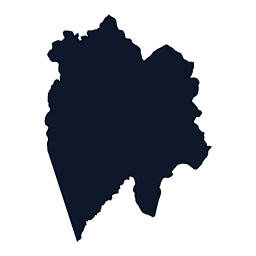 the district of Carbonita, Minas Gerais, Brazil
{"feature_id": "56859067B13001741051446", "entity_name": "Carbonita", "entity_type": "district", "adm_level": 2, "iso_a3": "BRA", "parent_name": "Brazil", "parent_adm1": "Minas Gerais", "projection": "orthographic", "projection_center": [-43.039, -17.512], "detail": "fine", "context": "isolated", "style": "filled", "palette": "ink", "viewbox_px": 256, "rotation_deg": 0, "n_neighbors": 0, "source": "geoboundaries", "source_scale": "gbopen_adm2", "svg_char_len": 5137}
<svg xmlns="http://www.w3.org/2000/svg" viewBox="0 0 256 256"><path d="M51.9,86.0L51.5,88.4L50.9,89.9L49.8,90.7L49.6,92.1L48.5,93.6L48.9,95.5L48.3,97.3L48.8,98.6L48.3,99.9L48.4,101.1L49.2,102.5L49.2,104.4L49.3,106.2L50.2,107.3L51.0,108.7L50.8,110.3L49.9,111.8L48.2,113.3L47.1,114.8L46.5,116.0L46.0,117.2L45.7,119.0L45.3,121.3L45.7,122.9L45.9,124.4L47.1,124.9L48.2,125.9L49.0,127.1L48.9,128.7L48.4,130.3L47.5,131.3L47.0,132.6L46.8,134.1L47.5,135.7L48.3,136.7L48.6,138.3L48.8,140.2L47.9,142.1L47.6,144.0L47.9,146.0L48.1,148.0L48.1,150.1L57.0,177.4L77.5,240.6L78.5,239.5L79.9,238.9L80.8,237.4L80.4,235.4L80.9,233.4L81.7,231.7L82.8,230.6L83.2,228.7L84.0,227.3L84.4,225.4L85.8,224.5L85.6,223.2L84.9,221.7L85.7,220.5L87.2,220.6L88.0,219.3L89.7,219.4L91.2,219.0L92.4,217.8L93.8,216.4L94.6,214.2L96.4,214.4L96.7,212.7L98.4,211.8L99.9,211.1L99.7,209.3L100.7,208.2L100.7,206.4L101.5,204.6L102.9,204.6L103.7,203.6L104.6,202.5L105.1,200.7L107.1,200.2L108.3,199.1L110.3,199.7L111.4,198.4L111.5,197.1L111.1,195.7L111.9,194.5L113.8,193.7L114.9,193.1L116.3,193.0L117.8,192.6L117.8,191.3L118.0,190.0L118.1,188.7L119.5,188.3L119.1,186.5L119.9,184.9L121.4,184.2L122.7,183.7L122.9,182.2L123.8,181.1L123.1,179.7L125.2,179.2L127.0,178.6L128.6,179.1L128.7,177.9L128.8,176.2L130.0,175.4L131.5,176.1L133.0,176.6L134.1,177.3L134.9,179.0L135.2,180.3L135.8,182.0L136.0,183.8L135.6,185.3L134.3,186.7L134.2,188.1L133.7,189.4L133.7,190.6L134.3,191.7L135.9,192.9L135.2,194.6L135.4,196.8L136.1,198.6L136.1,200.7L136.8,202.1L137.6,203.5L138.8,204.9L139.7,206.7L140.6,208.4L141.3,209.5L142.0,210.8L143.0,212.1L144.4,212.7L146.1,213.7L147.8,213.8L148.9,214.6L150.2,214.9L151.3,215.5L153.0,216.5L154.3,215.7L154.7,214.2L155.0,212.5L155.5,210.7L155.9,209.0L156.1,207.4L156.6,206.0L157.1,204.1L157.6,201.9L158.0,200.3L158.4,199.1L158.9,197.9L159.3,196.5L159.8,194.9L160.3,193.3L160.3,191.5L159.9,189.4L158.9,188.3L158.9,186.7L159.7,185.0L160.1,182.8L160.6,181.5L161.4,179.9L162.3,178.4L163.7,177.3L165.0,176.9L166.4,176.9L167.8,177.3L169.1,176.9L170.3,176.3L171.8,175.2L172.2,173.8L171.1,172.5L171.5,170.9L172.6,169.7L173.7,168.1L174.9,167.1L175.6,165.9L176.5,165.0L177.5,164.0L179.1,163.7L180.3,163.3L182.0,162.9L183.4,163.0L184.7,163.1L186.7,163.3L188.8,164.2L190.3,165.4L191.5,166.4L193.1,167.5L194.1,168.5L195.4,168.9L196.9,168.3L198.1,167.2L199.5,165.5L201.1,164.0L201.9,162.5L202.3,161.3L203.4,159.9L204.7,158.1L206.0,156.9L206.9,155.4L207.4,153.8L207.5,151.3L208.4,149.4L209.8,148.4L210.7,147.0L209.2,146.5L207.5,147.0L206.4,146.0L206.2,144.1L205.2,142.9L204.6,141.6L203.1,140.0L203.5,138.5L203.7,137.0L203.0,136.0L203.4,134.6L203.8,133.0L201.9,132.6L200.6,131.4L198.9,129.8L198.1,128.3L197.9,127.1L197.4,126.0L196.3,124.9L195.0,124.1L193.9,123.5L193.2,122.4L193.2,120.9L194.2,119.3L195.2,117.5L195.9,116.3L197.2,116.1L198.7,116.6L199.5,115.6L200.3,114.5L201.4,113.1L200.6,111.3L198.7,110.7L197.7,109.8L197.1,108.5L196.2,106.9L195.0,105.9L193.9,104.1L192.1,102.7L191.1,101.1L191.7,99.4L192.5,98.1L193.4,96.6L195.4,95.6L196.7,94.3L197.4,92.5L197.8,90.4L198.0,88.9L198.0,87.5L197.4,85.8L198.2,84.0L198.8,82.6L198.1,81.1L197.5,79.8L196.1,78.8L194.7,78.3L193.2,78.2L191.7,78.4L189.4,78.4L188.4,77.4L189.7,76.7L190.7,75.2L191.6,73.2L192.2,71.6L191.9,70.2L192.7,68.9L193.3,66.6L193.2,64.7L193.3,63.0L191.8,62.4L190.2,62.6L188.1,62.3L186.8,61.2L185.5,60.5L184.2,60.0L182.9,58.9L182.1,57.1L181.4,55.2L180.0,53.4L178.6,53.2L177.2,52.3L175.9,51.6L174.7,51.1L173.3,49.5L171.9,48.3L170.6,47.6L169.2,47.0L168.1,45.9L166.4,45.1L164.8,45.9L163.3,46.8L161.7,47.7L160.6,48.3L159.4,48.9L157.5,49.7L156.4,50.9L155.2,51.4L153.9,52.2L152.9,53.7L151.9,55.1L150.9,56.0L149.7,57.0L148.6,57.9L147.4,58.7L146.5,59.6L145.5,60.6L144.0,61.4L142.8,60.7L142.0,59.4L141.2,57.8L140.9,55.8L140.5,54.4L140.1,53.1L140.0,51.8L140.1,49.9L139.3,48.4L138.0,47.4L136.6,46.0L134.8,45.4L133.6,44.4L132.5,43.6L131.6,42.5L131.0,40.7L130.0,39.5L128.3,39.2L126.9,39.1L125.7,38.9L124.8,37.7L124.4,36.4L124.2,34.5L123.4,32.4L122.3,31.1L121.1,30.8L119.4,30.6L118.0,29.8L117.4,28.5L116.7,27.3L116.3,25.7L116.0,23.9L115.7,21.8L115.3,20.2L114.4,18.8L112.9,18.2L111.5,17.3L110.2,16.6L108.8,15.4L107.8,16.7L106.3,17.8L104.8,19.3L103.9,21.1L102.9,22.6L100.8,23.9L100.2,25.8L100.4,27.3L99.6,28.3L98.3,28.9L97.0,30.2L95.5,30.0L93.8,30.7L92.0,31.1L90.2,31.1L88.3,31.1L87.5,32.9L87.7,34.3L88.9,35.6L88.8,37.0L87.3,37.4L86.3,36.5L84.6,36.3L82.9,36.7L81.4,37.3L82.0,38.7L83.3,39.6L82.0,40.4L80.8,41.2L79.1,41.1L78.4,39.8L77.5,38.9L77.2,37.5L78.2,35.7L77.7,33.9L76.5,34.7L75.5,35.9L73.9,36.2L73.2,35.1L72.9,33.7L72.3,32.4L70.8,31.8L69.4,31.6L67.8,31.3L66.0,31.3L64.6,31.4L63.6,32.5L63.9,34.4L64.5,35.9L65.3,37.2L65.2,38.5L64.2,39.4L62.8,40.6L61.6,41.8L60.2,41.4L58.5,40.9L56.8,41.3L55.5,42.0L54.0,42.5L52.5,43.8L52.9,45.5L53.0,46.8L53.0,48.4L52.0,50.0L50.0,50.8L48.7,53.1L47.9,54.5L48.6,56.2L49.7,57.6L50.5,59.4L51.6,60.7L52.9,61.2L54.7,61.1L56.3,61.1L58.2,61.9L59.3,63.5L59.5,65.0L59.3,66.4L59.1,67.7L59.1,69.4L59.1,71.0L59.9,72.2L60.9,73.7L61.2,75.0L60.9,76.3L60.5,77.8L60.6,79.5L61.0,81.3L59.3,81.5L57.9,80.3L56.7,79.9L55.6,80.7L54.8,81.6L54.3,83.2L53.4,85.0L51.9,86.0Z" fill="#0f172a" stroke="#020617" stroke-width="1.5"/></svg>